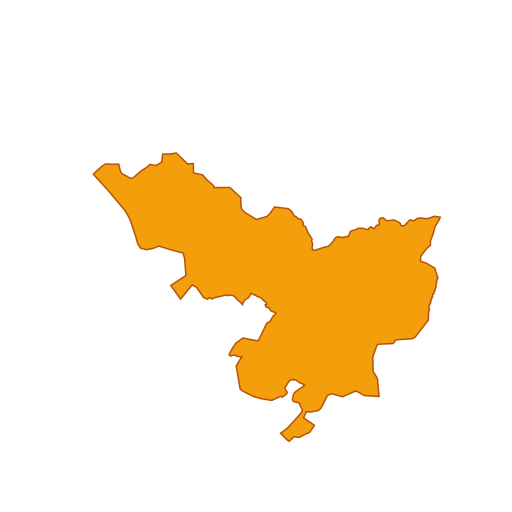 Charanchi, Katsina, Nigeria (Mercator projection), rotated 124°
{"feature_id": "59680162B50452180674611", "entity_name": "Charanchi", "entity_type": "district", "adm_level": 2, "iso_a3": "NGA", "parent_name": "Nigeria", "parent_adm1": "Katsina", "projection": "mercator", "projection_center": [7.676, 12.562], "detail": "fine", "context": "isolated", "style": "filled", "palette": "amber", "viewbox_px": 512, "rotation_deg": 124, "n_neighbors": 0, "source": "geoboundaries", "source_scale": "gbopen_adm2", "svg_char_len": 3921}
<svg xmlns="http://www.w3.org/2000/svg" viewBox="0 0 512 512"><g transform="rotate(124 256 256)"><path d="M120.8,124.9L123.3,130.3L129.2,134.7L132.6,141.0L134.8,143.5L138.6,144.8L139.9,148.6L147.9,150.0L149.7,152.3L148.0,155.5L149.0,161.9L152.3,165.6L153.8,167.5L153.4,169.6L153.3,172.3L155.0,173.9L155.4,174.0L156.5,174.4L158.5,173.5L159.8,172.2L160.4,171.5L162.3,172.1L163.3,173.3L166.1,173.1L167.4,173.7L167.6,177.2L169.4,177.8L171.3,177.7L172.5,179.9L173.3,183.2L174.9,185.0L175.7,186.7L179.2,188.4L181.3,190.8L183.3,191.5L187.9,190.4L192.5,195.0L193.9,198.4L194.8,199.4L197.2,200.5L201.3,200.2L202.6,200.5L206.3,201.2L206.5,201.3L207.9,201.6L209.1,203.2L209.9,203.8L218.5,210.5L219.4,212.6L217.2,214.5L214.5,215.6L212.5,218.2L210.6,219.0L207.3,226.4L205.5,229.0L204.1,231.2L204.1,234.3L202.1,235.1L200.4,239.3L201.6,241.8L201.1,243.6L201.3,247.3L199.4,250.4L199.0,252.0L198.7,255.7L205.0,268.1L213.1,268.2L217.1,269.0L225.5,276.1L226.1,290.4L225.0,294.2L224.9,294.7L217.0,300.8L216.2,300.9L213.8,316.0L222.6,328.8L221.6,330.0L221.2,331.9L220.3,339.4L218.6,345.8L221.6,353.0L221.9,354.4L214.4,359.6L217.9,364.3L215.2,379.7L219.9,384.8L223.8,390.4L230.8,386.6L235.3,388.7L237.4,390.3L238.9,394.4L239.8,395.2L244.8,396.7L248.8,398.5L260.8,401.8L262.0,405.1L262.2,409.2L262.8,412.5L261.7,415.4L260.9,416.5L259.4,418.2L256.6,421.2L261.4,428.0L262.6,430.5L264.4,432.6L269.4,434.4L279.1,436.6L285.2,411.8L286.0,409.6L291.8,389.4L296.1,380.9L306.8,367.0L312.0,360.9L314.0,356.1L313.7,355.0L312.9,352.9L312.1,350.4L307.2,345.5L302.1,342.1L298.8,331.0L294.3,318.1L298.1,313.7L311.4,303.2L328.1,310.2L333.9,294.4L315.7,292.7L315.2,288.0L319.7,276.3L319.0,272.0L316.4,271.3L316.3,268.5L313.3,266.7L309.3,262.8L305.6,259.6L305.0,257.7L302.3,254.9L301.6,252.8L301.9,249.9L302.7,246.5L303.1,242.8L303.9,239.9L301.3,240.7L298.2,240.5L294.8,238.9L292.0,238.9L289.8,239.3L289.3,235.8L288.8,234.9L288.8,231.7L288.1,230.4L288.0,227.9L288.6,225.7L288.6,223.6L288.7,221.9L290.1,220.1L291.2,221.1L292.5,219.7L292.6,218.3L291.6,216.4L292.8,214.1L293.1,212.4L292.5,209.8L292.2,208.5L292.4,207.5L297.9,208.2L301.3,207.8L304.2,208.4L305.6,209.6L309.4,209.0L313.9,208.3L316.8,207.9L319.2,207.5L325.3,206.8L331.3,221.0L339.6,224.0L347.1,223.9L352.9,223.1L353.3,221.7L352.5,220.5L351.2,219.7L350.3,218.6L349.7,217.6L350.0,215.9L349.1,214.7L348.7,213.6L348.5,212.3L347.4,211.5L358.3,210.9L375.2,194.7L375.4,191.7L374.6,184.7L373.7,179.0L371.5,172.1L366.9,162.2L360.1,158.0L358.9,157.4L358.4,155.4L353.4,153.5L351.4,154.0L350.6,156.6L349.2,158.2L341.8,158.7L338.3,157.5L338.1,155.8L337.1,155.4L337.1,155.1L336.9,154.6L336.5,153.5L336.7,149.0L336.3,147.1L336.0,146.1L335.7,144.4L336.3,144.1L336.2,143.4L346.6,147.4L349.4,147.6L354.3,145.8L355.7,143.9L353.7,137.7L355.5,135.5L357.0,132.6L357.7,131.5L360.6,130.8L368.4,131.8L380.6,133.6L389.3,136.5L391.0,127.8L391.2,125.0L389.5,124.4L384.6,123.5L382.4,118.8L374.9,114.7L373.7,113.9L373.5,113.5L371.9,112.9L363.7,112.9L363.5,126.2L356.9,127.1L354.7,123.3L351.0,119.7L349.6,118.0L345.4,117.0L331.7,118.8L329.1,117.1L327.8,115.8L327.3,114.9L324.4,105.7L312.0,97.7L311.0,87.9L303.6,75.4L289.6,86.9L286.2,94.3L274.4,102.7L262.5,105.8L260.7,105.2L252.0,93.5L249.8,93.2L247.2,93.1L237.1,80.1L234.3,78.7L212.9,77.3L209.2,79.5L207.7,80.6L206.4,81.1L204.9,81.8L203.2,82.5L200.7,84.7L199.6,85.0L199.1,84.8L198.8,85.1L197.8,84.8L197.3,85.4L196.7,85.4L195.7,85.5L195.3,86.1L194.8,86.5L194.3,86.3L193.0,86.4L192.0,87.2L191.4,86.8L190.8,86.9L190.3,87.5L189.5,88.0L188.3,87.7L187.4,87.6L186.3,88.4L185.5,88.2L184.5,88.3L183.5,89.0L182.3,89.3L181.3,89.4L179.5,90.5L178.3,90.9L177.5,91.1L176.5,92.2L175.5,92.1L175.0,92.4L173.5,92.7L172.1,93.1L171.7,93.6L171.8,94.2L171.5,94.9L169.6,96.1L168.3,98.6L166.1,100.8L166.7,111.1L168.3,116.8L164.0,119.3L154.4,118.7L149.6,117.3L145.7,119.9L140.2,121.1L135.0,122.7L130.7,124.2L128.3,124.0L123.6,124.4L120.8,124.9Z" fill="#f59e0b" stroke="#b45309" stroke-width="1.5"/></g></svg>